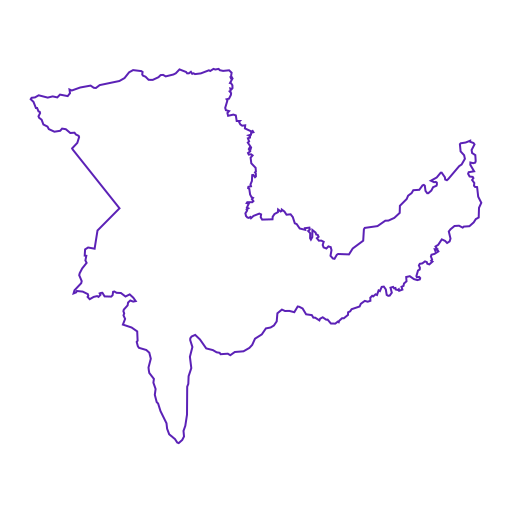 Nova Xavantina, Mato Grosso, Brazil
{"feature_id": "56859067B60221842675231", "entity_name": "Nova Xavantina", "entity_type": "district", "adm_level": 2, "iso_a3": "BRA", "parent_name": "Brazil", "parent_adm1": "Mato Grosso", "projection": "mercator", "projection_center": [-52.318, -14.678], "detail": "fine", "context": "isolated", "style": "outline", "palette": "violet", "viewbox_px": 512, "rotation_deg": 0, "n_neighbors": 0, "source": "geoboundaries", "source_scale": "gbopen_adm2", "svg_char_len": 5990}
<svg xmlns="http://www.w3.org/2000/svg" viewBox="0 0 512 512"><path d="M31.6,97.8L30.7,99.2L33.5,101.9L35.9,108.0L37.1,108.0L38.5,111.4L39.7,111.8L40.1,113.1L38.5,116.3L39.1,117.8L41.6,119.7L43.4,124.5L47.5,126.6L48.8,129.1L54.4,131.7L60.2,130.8L62.1,128.6L65.8,129.2L70.3,133.0L74.5,132.7L75.9,134.5L78.6,135.8L79.1,137.1L77.3,142.9L72.1,148.4L72.7,149.5L119.5,208.3L97.5,230.5L94.6,248.7L88.1,247.5L85.1,249.4L84.7,255.6L86.3,255.8L85.4,260.4L86.6,262.9L82.2,268.4L79.7,273.2L79.2,275.2L81.7,281.1L81.2,283.2L74.5,290.3L73.6,293.4L76.1,292.4L76.9,291.0L82.7,291.6L87.8,294.1L88.3,295.8L87.6,296.9L89.7,299.2L93.7,296.9L97.1,296.1L98.5,296.9L100.5,294.8L99.7,293.4L101.1,292.9L102.4,292.8L104.6,296.4L111.2,296.6L112.6,295.2L113.1,291.8L114.3,291.5L116.6,292.8L120.9,293.0L125.5,296.5L129.7,294.4L133.3,297.7L135.7,301.1L133.2,301.6L130.3,300.5L128.1,302.5L127.6,305.4L123.8,309.6L123.4,311.2L124.2,313.4L123.5,315.4L125.1,318.9L122.9,324.6L131.6,327.5L137.2,331.4L137.6,340.7L136.7,341.9L137.8,346.1L138.9,347.8L146.3,350.0L149.3,352.7L150.8,358.7L148.5,367.5L148.8,370.2L149.3,373.0L153.9,378.9L153.4,382.7L155.6,389.0L154.8,394.8L156.7,402.1L158.1,403.5L160.5,411.1L166.5,423.3L167.1,428.7L169.2,434.3L175.0,439.1L177.2,442.5L178.7,443.1L182.2,440.0L184.0,436.5L183.5,430.9L185.3,425.8L187.0,414.7L187.2,386.7L188.3,383.9L188.6,376.2L191.3,368.1L189.9,356.8L192.4,347.0L190.2,340.1L190.3,338.3L191.6,336.5L195.2,334.9L200.0,339.5L206.2,348.4L212.9,350.1L216.6,352.3L219.6,352.8L220.6,354.2L227.8,353.7L230.3,355.2L234.8,352.0L243.5,351.3L249.4,347.9L252.2,344.9L255.0,338.7L261.8,334.4L265.9,328.4L270.6,327.5L273.9,325.5L276.7,321.4L277.4,313.3L281.9,309.6L285.0,311.0L289.3,310.9L294.3,312.2L297.7,306.5L299.3,306.8L302.6,308.5L306.1,314.3L311.8,315.1L313.4,317.7L315.2,317.7L319.4,320.4L320.1,318.7L322.7,317.3L326.2,319.7L327.6,319.6L330.9,323.5L335.3,323.6L337.8,321.6L338.7,322.2L339.2,320.8L342.1,318.2L343.8,318.3L348.0,314.9L348.1,312.3L350.2,311.3L351.6,309.2L359.6,306.5L360.8,303.8L364.8,300.9L367.7,301.7L370.4,300.8L370.3,297.7L372.2,295.8L373.2,296.4L375.6,294.3L377.0,295.0L378.6,290.4L379.9,291.1L381.7,286.9L383.8,286.6L385.8,289.4L386.7,294.9L388.2,295.8L389.7,295.6L391.8,292.7L390.5,287.7L393.1,286.9L394.1,288.3L395.4,288.0L395.7,289.5L397.8,290.0L398.8,289.2L399.2,290.8L402.4,289.6L401.5,286.8L403.5,285.9L404.0,283.5L406.5,281.3L406.2,277.0L409.8,276.2L413.9,279.1L417.4,280.1L419.8,279.4L420.2,278.1L419.2,276.9L416.9,277.2L416.4,276.1L418.0,270.5L419.7,269.5L419.9,267.8L418.9,265.4L419.8,263.8L422.3,263.4L425.0,261.4L426.8,262.1L427.3,263.7L429.3,264.4L432.5,261.6L431.2,260.7L432.1,259.6L430.9,256.4L431.5,254.7L434.5,253.9L438.4,251.4L435.5,246.5L438.2,244.8L441.8,239.4L445.1,240.9L447.1,243.0L449.6,241.4L450.5,238.6L448.8,231.5L450.5,229.3L454.5,226.0L459.0,225.7L462.7,227.6L463.8,226.6L469.4,226.2L473.7,222.4L475.8,219.1L478.7,217.5L479.0,207.8L481.3,202.8L478.2,196.7L477.1,187.1L475.0,186.9L474.0,185.7L474.3,183.0L472.1,180.0L473.4,178.1L472.7,176.9L469.6,176.5L468.1,173.8L468.7,172.2L474.1,171.3L470.3,164.8L470.4,162.5L473.3,163.2L475.2,162.6L475.7,161.1L475.3,155.1L472.1,153.0L471.6,150.0L474.5,144.4L473.5,143.0L470.2,141.8L470.2,140.7L465.7,142.5L460.7,143.3L459.9,144.2L460.6,151.4L464.1,155.2L464.9,158.8L461.6,164.5L459.2,166.1L448.2,179.1L446.9,180.2L445.2,179.5L444.9,177.3L441.7,172.7L440.7,172.7L436.7,177.5L430.9,180.7L434.1,182.2L435.8,181.9L436.8,182.6L436.9,184.4L436.5,185.7L433.1,187.2L431.3,190.6L428.3,193.2L427.2,193.2L425.5,190.9L424.8,185.7L423.8,184.9L422.5,185.4L419.3,189.8L413.3,190.2L411.6,193.1L408.1,195.7L406.7,199.0L399.9,205.8L399.7,212.9L394.3,217.9L388.4,220.6L385.3,220.7L377.5,226.1L364.8,227.9L363.9,229.3L363.2,240.7L352.7,248.5L349.0,254.4L338.1,254.0L336.8,254.8L334.5,258.8L332.9,258.5L330.5,255.8L331.5,250.1L330.7,247.1L328.4,246.4L326.4,248.5L323.6,247.4L322.7,245.0L323.7,241.8L321.3,240.6L318.9,240.7L316.9,238.2L318.6,236.8L317.7,234.9L316.2,234.5L315.6,232.6L312.4,230.0L312.3,237.1L310.9,239.6L310.1,238.2L310.2,233.2L308.2,231.0L309.8,229.5L309.4,227.6L304.9,228.2L305.2,229.8L299.7,228.5L296.7,224.1L294.8,223.3L292.8,217.1L290.6,214.3L286.5,214.7L284.4,211.5L281.8,209.6L281.7,210.9L280.6,211.5L278.1,209.5L277.9,212.2L274.5,214.0L272.7,216.7L272.5,219.3L262.1,219.6L260.7,217.2L261.1,214.4L259.3,213.6L253.5,215.9L251.0,218.2L250.4,217.0L248.8,217.9L247.4,217.5L246.0,216.0L245.4,213.3L247.1,210.6L246.6,209.5L248.3,208.3L246.9,207.6L248.8,203.6L246.7,203.1L247.3,202.2L252.3,202.2L253.4,201.1L251.9,199.1L253.0,197.9L251.5,197.1L250.1,194.5L249.3,188.9L248.1,188.1L248.4,186.8L251.0,186.3L250.5,184.4L251.9,181.0L252.2,175.1L253.3,174.9L255.0,177.2L255.9,176.4L255.8,173.3L255.0,172.4L255.9,171.4L255.6,167.8L251.3,163.3L250.6,157.7L252.6,155.4L251.1,154.3L248.8,154.6L248.0,153.0L250.1,151.4L248.8,149.1L249.7,147.5L250.7,148.8L251.1,147.5L247.8,142.6L249.1,141.4L247.9,138.3L250.0,137.6L250.1,136.2L248.6,135.4L251.0,134.7L251.1,132.9L253.4,132.2L252.6,130.9L251.5,131.5L244.9,128.4L245.2,125.3L242.2,125.7L240.3,124.4L239.0,121.8L239.8,121.0L236.7,121.0L235.8,115.4L233.4,114.6L228.1,115.8L227.4,113.0L229.1,111.1L225.9,110.2L225.2,107.9L227.4,100.5L226.6,99.3L229.0,98.7L230.9,94.9L231.1,93.1L229.6,91.3L230.7,90.7L230.3,88.5L231.8,89.0L232.5,88.1L232.4,85.3L231.1,83.3L230.0,83.0L232.3,78.9L231.1,78.6L230.6,77.4L231.9,77.4L231.1,76.0L231.6,72.7L229.1,70.3L223.1,70.9L219.8,70.2L218.6,68.9L215.3,69.5L213.5,68.9L210.2,71.0L208.9,70.3L200.8,73.4L195.0,74.1L193.5,73.3L192.2,73.8L190.9,71.8L188.9,73.3L187.1,73.3L186.1,72.0L179.5,69.4L175.8,73.3L173.4,74.5L165.7,76.4L163.1,74.9L160.6,75.1L158.5,77.2L152.7,79.9L148.6,79.8L145.5,76.7L142.9,75.6L142.2,74.4L142.6,72.0L141.3,71.1L133.1,70.1L129.1,72.3L124.5,78.1L119.4,81.0L99.7,85.1L95.9,88.0L93.8,87.8L90.6,85.6L80.2,87.5L71.8,90.5L69.5,89.5L70.0,93.2L67.7,96.1L60.0,94.6L57.3,97.4L52.7,96.4L47.7,97.6L38.7,95.3L35.0,97.4L31.6,97.8ZM436.6,249.2L435.3,250.8L434.7,249.2L436.6,249.2Z" fill="none" stroke="#5b21b6" stroke-width="2"/></svg>